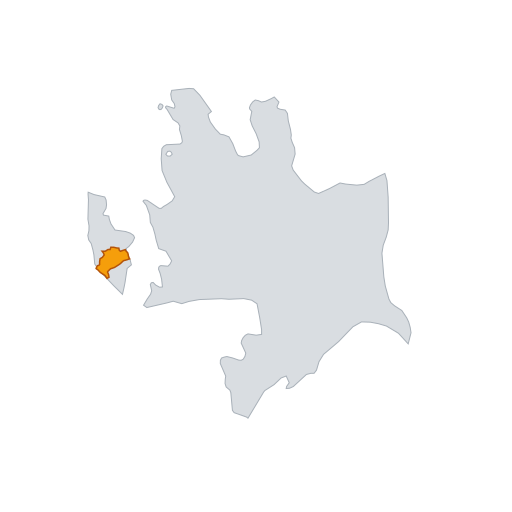 Culfa highlighted on a map of Azerbaijan, rotated 33°
{"feature_id": "AZE-2421", "entity_name": "Culfa", "entity_type": "District", "adm_level": 1, "iso_a3": "AZE", "parent_name": "Azerbaijan", "parent_adm1": "", "projection": "mercator", "projection_center": [45.691, 39.149], "detail": "fine", "context": "in_parent", "style": "filled", "palette": "amber", "viewbox_px": 512, "rotation_deg": 33, "n_neighbors": 0, "source": "natural_earth", "source_scale": "10m", "svg_char_len": 4003}
<svg xmlns="http://www.w3.org/2000/svg" viewBox="0 0 512 512"><g transform="rotate(33 256 256)"><path d="M337.6,396.4L335.9,396.2L323.0,399.3L320.3,398.3L309.3,384.3L307.1,382.7L302.3,382.1L299.5,379.8L297.3,376.0L296.0,373.2L284.6,365.6L282.9,362.8L282.7,360.3L284.4,358.1L286.3,356.2L291.8,354.3L298.3,352.7L300.4,351.5L301.5,349.5L301.4,346.2L300.3,343.0L291.0,337.1L290.0,334.6L289.7,331.5L290.2,328.3L291.7,325.7L299.3,322.3L303.4,318.7L300.8,314.7L292.6,305.6L282.9,295.5L276.4,295.4L268.9,298.4L256.9,307.0L250.3,310.6L241.7,316.7L232.2,323.4L224.5,330.6L219.7,336.4L211.2,339.0L206.8,343.9L192.5,358.7L188.5,358.5L188.2,351.2L188.4,345.4L187.5,342.0L182.9,337.5L182.8,335.5L184.1,334.2L187.6,335.0L192.2,334.7L194.4,332.9L189.5,326.9L185.1,322.8L181.4,320.1L180.6,318.4L180.6,317.3L181.4,315.9L187.7,312.5L188.3,309.5L187.9,306.0L177.9,301.0L170.4,302.8L163.7,297.1L159.3,292.7L153.9,288.0L149.1,285.4L144.5,279.4L136.5,273.3L131.4,271.6L131.4,270.6L132.4,269.5L134.5,268.6L148.8,268.8L150.6,267.7L151.4,265.0L153.4,261.1L155.7,255.4L155.5,250.5L141.1,242.7L130.7,235.5L123.5,226.0L118.6,217.2L118.8,214.3L120.2,211.5L131.3,203.5L132.1,201.4L131.8,199.9L127.9,195.8L122.9,191.6L121.3,188.4L118.1,186.8L112.1,186.7L101.6,181.5L99.4,180.9L98.9,179.9L99.4,178.8L106.9,176.7L106.8,175.0L104.5,172.7L100.3,171.0L96.4,166.8L95.1,163.0L108.6,151.9L112.6,149.7L121.5,151.8L139.9,159.1L138.6,163.2L140.5,165.4L144.7,168.5L152.8,171.7L159.7,173.3L163.1,171.9L168.4,170.8L175.3,174.4L181.6,179.0L184.7,180.8L186.4,181.4L191.2,179.9L197.0,173.9L199.3,166.8L199.9,163.3L196.5,158.6L189.6,153.4L181.9,148.9L176.9,144.9L173.7,137.0L170.5,136.1L169.7,135.1L169.1,132.3L169.3,128.6L170.4,125.6L173.5,124.4L176.7,123.9L179.6,121.2L183.1,115.7L184.7,112.7L191.4,114.4L192.3,119.3L193.5,120.3L196.3,119.8L201.0,117.7L204.7,119.3L209.5,125.1L216.1,131.2L219.7,135.3L221.1,138.2L224.4,140.9L229.4,144.2L233.3,149.2L236.8,161.0L240.4,163.7L253.1,168.2L257.5,169.1L270.0,170.6L274.4,169.5L280.9,159.4L286.7,149.0L292.1,146.8L301.9,141.7L307.7,137.0L310.2,131.8L315.7,122.1L319.1,116.6L324.8,121.5L334.8,134.7L349.1,156.1L352.6,162.1L354.9,169.1L356.8,177.6L360.1,185.1L374.5,203.8L380.8,210.8L390.9,219.7L394.5,221.7L399.3,222.3L408.0,222.3L416.1,225.8L420.0,228.2L424.1,231.8L427.8,235.9L431.5,246.8L417.6,243.2L403.5,243.7L395.5,246.1L387.8,249.3L380.4,253.8L375.8,262.6L371.9,282.8L366.2,301.7L366.4,310.4L368.9,318.8L368.6,322.7L366.0,324.4L362.8,327.9L358.4,345.1L356.2,348.6L353.5,350.7L352.7,348.7L352.9,344.2L346.7,340.2L343.5,344.6L341.2,354.1L336.7,364.0L336.5,365.9L337.6,396.4ZM129.6,219.0L130.3,216.3L128.5,215.1L126.6,215.0L125.0,216.4L125.0,219.8L127.3,220.4L129.6,219.0ZM83.5,298.3L81.4,295.5L80.5,293.9L86.7,292.7L97.0,288.9L99.8,290.7L102.8,294.5L104.3,297.8L104.6,303.8L105.8,304.8L110.8,302.7L113.1,305.2L116.9,308.1L123.6,311.0L133.3,306.5L138.1,305.3L142.1,305.4L144.2,306.8L144.9,311.5L144.2,317.2L143.1,320.4L145.1,322.7L153.0,328.2L156.3,331.3L154.7,336.6L160.6,349.6L162.6,354.6L164.9,360.9L152.8,358.4L131.1,353.2L125.1,350.5L119.4,343.3L116.0,339.8L111.0,335.3L106.9,333.6L103.8,330.4L102.1,325.8L99.5,321.6L95.0,316.7L84.8,300.0L83.5,298.3ZM96.5,185.0L95.1,185.9L93.1,185.0L92.4,182.9L92.6,180.6L94.6,180.1L96.3,180.7L96.8,182.8L96.5,185.0Z" fill="#d9dde1" stroke="#a8b0b8" stroke-width="1"/><path d="M142.9,321.9L143.1,322.3L146.7,323.2L147.9,324.3L149.1,325.6L150.6,326.8L151.6,327.2L150.1,329.1L148.8,330.6L147.5,332.0L147.1,333.3L146.8,334.7L146.4,336.3L145.8,337.8L144.7,340.2L143.6,342.6L142.3,344.3L141.0,345.9L140.6,347.3L140.4,348.8L140.1,349.5L140.2,350.3L142.5,351.9L144.3,353.9L143.2,355.9L140.0,354.6L134.4,354.6L130.8,353.7L129.1,353.7L128.6,353.5L128.5,352.3L128.3,350.5L129.2,349.5L129.5,348.4L127.9,345.9L126.7,343.2L127.9,340.8L128.1,337.8L126.3,336.5L124.3,335.8L127.0,334.1L128.3,331.2L130.1,330.0L129.5,327.7L132.1,326.1L134.9,325.1L136.7,324.1L138.1,325.6L139.7,325.9L141.0,324.2L142.8,322.0L142.9,321.9Z" fill="#f59e0b" stroke="#b45309" stroke-width="1.5"/></g></svg>